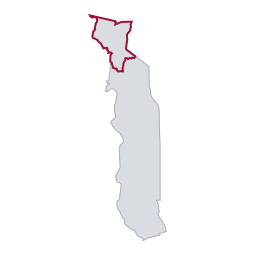 Togo, with Savanes highlighted
{"feature_id": "TGO-90", "entity_name": "Savanes", "entity_type": "Region", "adm_level": 1, "iso_a3": "TGO", "parent_name": "Togo", "parent_adm1": "", "projection": "robinson", "projection_center": [0.453, 10.505], "detail": "fine", "context": "in_parent", "style": "outline", "palette": "rose", "viewbox_px": 256, "rotation_deg": 0, "n_neighbors": 0, "source": "natural_earth", "source_scale": "10m", "svg_char_len": 3930}
<svg xmlns="http://www.w3.org/2000/svg" viewBox="0 0 256 256"><path d="M131.6,21.7L130.6,26.5L128.5,32.4L127.2,34.3L126.2,48.8L126.9,50.0L127.4,50.3L133.9,55.2L142.5,61.6L148.5,66.2L149.0,67.7L149.1,77.2L149.2,85.3L150.4,90.0L150.7,94.5L152.2,98.0L157.8,104.6L159.1,108.5L159.3,120.9L159.4,130.4L160.1,143.2L160.1,154.0L160.1,167.6L160.1,183.5L160.2,200.1L156.5,200.3L158.5,205.5L158.8,210.2L159.3,211.7L158.3,213.9L159.1,217.4L160.7,218.7L164.8,225.6L166.2,231.5L159.6,233.4L160.1,235.0L147.8,238.1L143.0,240.6L142.9,238.2L141.1,237.7L138.9,236.9L137.6,235.6L135.7,232.6L135.0,230.3L132.1,230.0L128.6,227.4L125.2,224.4L124.1,221.5L124.4,220.1L123.9,218.7L122.7,218.2L119.7,211.5L117.8,208.8L116.9,206.6L117.2,205.0L116.8,202.7L117.4,200.9L119.0,199.8L119.6,198.5L119.7,195.7L120.6,189.9L121.2,184.2L119.5,182.6L117.4,182.2L116.3,180.6L115.9,177.9L115.9,175.6L120.1,167.5L119.2,148.8L119.8,146.0L121.7,144.0L123.3,141.7L123.2,139.5L120.5,133.9L115.3,129.6L112.6,126.2L111.1,123.1L110.9,121.4L114.1,119.0L115.5,117.3L115.6,115.4L114.4,111.8L114.6,105.5L115.8,100.8L117.1,94.7L116.9,92.9L113.9,89.2L112.2,88.7L110.8,89.0L107.6,91.4L106.5,91.7L105.8,91.0L105.4,90.0L106.6,88.6L106.2,86.8L107.1,85.2L109.1,84.5L109.7,83.7L107.0,83.0L106.7,81.9L106.9,80.9L107.7,80.7L108.5,80.7L109.0,80.0L109.4,74.8L109.8,73.0L110.1,69.4L110.5,55.5L111.1,54.0L111.2,53.0L109.3,52.3L104.8,48.6L102.1,45.7L99.8,42.8L97.8,40.9L94.0,37.9L92.9,36.0L92.8,34.1L93.9,30.3L95.8,26.2L96.7,20.4L96.1,18.9L93.6,16.2L102.5,18.3L115.3,21.7L115.5,22.4L115.6,23.4L117.8,23.4L121.5,22.1L131.6,21.7Z" fill="#d9dde1" stroke="#a8b0b8" stroke-width="1"/><path d="M92.3,17.5L91.5,17.3L90.7,16.8L90.1,16.1L89.8,15.4L91.8,15.8L93.8,16.3L98.6,17.4L107.6,19.4L111.0,20.2L115.4,21.2L115.5,21.3L115.5,21.5L115.5,21.9L115.4,22.1L115.3,22.3L115.9,22.5L115.4,24.4L120.3,22.4L122.8,21.9L126.6,21.8L131.7,21.7L130.7,24.5L130.5,25.3L130.6,25.8L131.0,26.7L131.0,27.2L130.4,28.5L130.3,29.0L130.3,30.0L130.1,30.5L129.6,31.3L127.5,33.6L126.9,35.1L127.3,39.1L127.2,40.9L126.7,43.3L126.1,47.9L126.1,49.0L126.5,49.6L129.4,51.9L133.2,54.7L135.4,56.4L134.7,57.6L134.5,57.8L134.2,58.0L132.9,57.8L132.6,57.8L132.2,57.8L132.0,58.0L131.5,58.5L131.3,58.5L131.1,58.4L130.8,58.2L130.6,58.1L129.8,58.0L129.5,58.1L128.7,58.6L128.1,59.1L127.9,59.1L127.7,58.8L127.6,58.6L127.5,58.4L127.3,58.3L127.0,58.2L125.8,58.1L125.4,58.3L125.2,58.5L125.3,58.9L125.4,59.5L125.3,60.1L125.1,60.5L123.9,62.3L123.6,63.2L123.4,63.7L123.3,64.2L123.3,65.6L123.3,66.0L123.2,66.5L123.1,66.8L122.9,67.1L122.8,67.4L122.7,68.0L122.6,68.3L122.5,68.6L122.5,68.9L122.5,69.1L123.0,70.6L123.0,71.1L123.0,71.4L122.9,71.5L122.6,71.4L122.2,71.5L122.0,71.4L121.6,71.2L121.4,71.1L120.1,71.3L119.6,71.3L119.0,71.4L118.6,71.6L118.3,71.6L118.0,71.5L117.9,71.4L117.6,70.9L117.4,70.7L116.9,70.4L116.8,70.2L116.7,70.0L116.6,69.8L116.5,69.6L116.6,69.4L116.8,69.0L116.8,68.9L116.7,68.7L116.3,68.6L115.9,68.6L115.3,68.5L114.8,68.5L114.5,68.5L114.3,68.4L114.0,68.1L113.8,68.0L113.1,67.9L113.0,67.7L112.8,67.6L112.8,67.3L112.8,67.1L112.8,66.6L112.8,66.3L112.8,66.1L112.7,65.8L112.3,65.1L112.0,64.7L111.8,64.4L111.9,63.7L111.8,62.8L111.5,62.5L111.0,62.4L110.6,62.0L110.2,60.9L110.4,57.7L110.3,56.2L110.6,55.6L110.7,54.9L110.9,54.2L111.9,53.4L111.1,52.6L110.7,52.4L109.0,52.8L108.4,52.8L108.8,51.9L108.3,51.2L107.7,50.5L107.2,49.7L107.3,49.3L107.4,48.8L107.4,48.3L107.0,47.9L106.6,47.8L106.3,47.9L105.9,48.1L105.4,48.2L105.1,48.2L104.0,47.7L103.9,47.8L103.8,48.1L103.6,48.4L103.3,48.4L103.2,48.3L101.2,44.1L100.6,43.3L98.5,41.9L98.2,41.4L97.8,40.4L97.4,40.0L97.1,39.8L95.9,39.3L95.5,39.1L95.3,38.8L95.0,38.6L94.1,38.4L93.6,38.3L93.2,38.1L92.8,37.8L92.4,36.8L92.5,35.9L92.7,34.8L92.8,34.1L93.0,32.3L93.3,31.5L93.9,30.7L94.7,30.1L95.0,29.7L95.1,29.3L94.9,28.4L94.9,27.9L95.7,23.5L95.9,23.0L96.2,22.7L96.6,22.4L96.9,22.1L97.0,21.6L97.1,20.0L96.9,18.6L96.3,17.5L95.0,17.0L94.3,17.0L93.0,17.4L92.3,17.5Z" fill="none" stroke="#9f1239" stroke-width="2"/></svg>